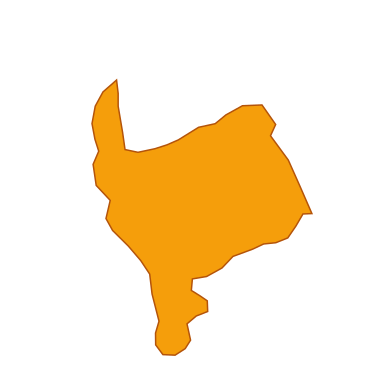 outline of Keryneia, Cyprus, rotated 241°
{"feature_id": "46923920B20243992884618", "entity_name": "Keryneia", "entity_type": "district", "adm_level": 2, "iso_a3": "CYP", "parent_name": "Cyprus", "parent_adm1": "", "projection": "mercator", "projection_center": [33.314, 35.328], "detail": "fine", "context": "isolated", "style": "filled", "palette": "amber", "viewbox_px": 384, "rotation_deg": 241, "n_neighbors": 0, "source": "geoboundaries", "source_scale": "gbopen_adm2", "svg_char_len": 873}
<svg xmlns="http://www.w3.org/2000/svg" viewBox="0 0 384 384"><g transform="rotate(241 192 192)"><path d="M115.0,286.4L144.5,289.2L173.2,291.7L203.1,287.9L210.5,297.9L234.2,295.4L243.0,277.9L243.0,259.1L240.5,245.4L245.4,229.1L244.2,205.3L245.4,192.8L247.9,180.3L252.9,164.0L261.6,154.0L277.8,160.2L302.8,169.0L314.0,175.2L326.5,180.3L322.7,162.7L317.0,153.7L314.0,149.0L300.3,137.7L285.3,132.7L272.9,130.2L264.1,118.9L244.2,111.4L224.3,116.4L210.5,103.9L196.8,103.9L175.6,110.1L157.0,113.9L140.7,115.2L122.1,107.6L95.0,100.5L86.3,91.7L75.9,86.1L63.9,87.7L57.5,98.1L58.3,110.1L63.1,118.9L79.1,123.7L81.5,135.7L80.8,140.5L79.9,147.8L81.7,148.7L89.4,152.6L97.4,148.6L106.2,143.7L115.8,150.2L111.0,163.8L111.0,181.4L115.8,196.6L112.6,217.5L111.8,229.5L107.0,240.7L105.4,253.5L111.8,266.3L119.0,278.4L115.0,286.4Z" fill="#f59e0b" stroke="#b45309" stroke-width="1.5"/></g></svg>